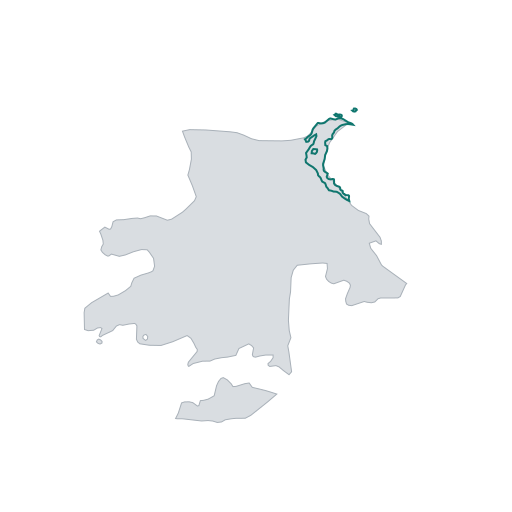 location of Bakı within Azerbaijan, rotated 308°
{"feature_id": "AZE-1689", "entity_name": "Bakı", "entity_type": "Municipality", "adm_level": 1, "iso_a3": "AZE", "parent_name": "Azerbaijan", "parent_adm1": "", "projection": "mercator", "projection_center": [49.815, 40.127], "detail": "fine", "context": "in_parent", "style": "outline", "palette": "teal", "viewbox_px": 512, "rotation_deg": 308, "n_neighbors": 0, "source": "natural_earth", "source_scale": "10m", "svg_char_len": 5751}
<svg xmlns="http://www.w3.org/2000/svg" viewBox="0 0 512 512"><g transform="rotate(308 256 256)"><path d="M327.1,391.7L325.3,391.6L312.9,394.6L310.3,393.6L299.7,380.1L297.5,378.5L292.9,377.9L290.2,375.7L288.0,372.1L286.8,369.3L275.8,362.0L274.2,359.3L273.9,356.9L275.5,354.7L277.4,352.9L282.8,351.1L289.1,349.5L291.1,348.4L292.1,346.4L292.0,343.2L291.0,340.1L282.0,334.4L281.0,332.0L280.7,329.0L281.2,325.9L282.6,323.4L290.0,320.1L293.9,316.6L291.5,312.8L283.5,303.9L274.1,294.2L267.8,294.1L260.6,297.0L249.0,305.3L242.6,308.8L234.3,314.7L225.2,321.2L217.7,328.1L213.1,333.8L204.8,336.3L200.6,341.0L186.7,355.3L182.8,355.1L182.6,348.1L182.8,342.4L181.9,339.2L177.4,334.8L177.4,332.8L178.6,331.7L182.0,332.4L186.4,332.1L188.5,330.4L183.8,324.5L179.6,320.6L176.0,317.9L175.2,316.4L175.2,315.2L176.0,313.9L182.1,310.7L182.7,307.7L182.3,304.4L172.6,299.5L165.3,301.3L158.8,295.8L154.7,291.5L149.4,286.9L144.8,284.4L140.3,278.7L132.6,272.7L127.6,271.0L127.7,270.1L128.6,269.0L130.7,268.1L144.5,268.4L146.2,267.3L147.0,264.7L148.9,261.0L151.1,255.4L150.9,250.7L137.1,243.1L127.0,236.2L120.0,226.9L115.3,218.5L115.4,215.7L116.8,213.0L127.6,205.2L128.3,203.2L128.1,201.8L124.2,197.8L119.4,193.7L117.9,190.7L114.8,189.1L109.0,189.0L98.9,183.9L96.7,183.4L96.2,182.4L96.7,181.4L104.0,179.3L103.9,177.6L101.7,175.4L97.6,173.8L93.8,169.7L92.5,166.1L105.6,155.4L109.5,153.3L118.0,155.2L135.8,162.3L134.6,166.2L136.4,168.4L140.5,171.4L148.4,174.5L155.0,176.0L158.3,174.7L163.4,173.6L170.1,177.1L176.2,181.5L179.2,183.3L180.9,183.9L185.5,182.4L191.1,176.7L193.3,169.7L193.9,166.4L190.6,161.8L183.9,156.8L176.4,152.4L171.6,148.5L168.5,140.9L165.4,140.0L164.6,139.1L164.1,136.4L164.3,132.8L165.3,130.0L168.4,128.7L171.4,128.3L174.2,125.6L177.7,120.3L179.2,117.4L185.7,119.1L186.6,123.8L187.7,124.8L190.4,124.3L195.0,122.3L198.5,123.8L203.2,129.4L209.5,135.4L213.0,139.3L214.3,142.1L217.6,144.7L222.4,147.9L226.2,152.8L229.6,164.1L233.0,166.8L245.3,171.1L249.6,171.9L261.7,173.5L266.0,172.4L272.2,162.6L277.8,152.5L283.0,150.4L292.5,145.5L298.1,140.9L300.5,135.9L305.8,126.5L309.1,121.2L314.7,125.9L324.3,138.7L338.1,159.4L341.5,165.2L343.7,172.0L345.6,180.2L348.8,187.4L362.7,205.6L368.7,212.3L378.6,220.9L382.1,222.8L386.7,223.4L395.1,223.4L402.9,226.8L406.7,229.1L410.7,232.6L414.3,236.5L417.9,247.1L404.3,243.6L390.7,244.2L383.1,246.4L375.6,249.5L368.4,253.9L364.0,262.3L360.2,281.9L354.7,300.2L354.9,308.6L357.3,316.7L357.0,320.5L354.5,322.1L351.4,325.6L347.1,342.2L345.0,345.5L342.4,347.6L341.6,345.6L341.8,341.2L335.8,337.4L332.7,341.7L330.5,350.8L326.2,360.4L326.0,362.2L327.1,391.7ZM125.9,220.3L126.5,217.6L124.8,216.4L123.0,216.4L121.5,217.7L121.5,221.0L123.6,221.6L125.9,220.3ZM81.4,296.9L79.3,294.2L78.4,292.7L84.4,291.5L94.4,287.8L97.1,289.6L100.0,293.2L101.5,296.4L101.7,302.2L102.9,303.1L107.8,301.2L109.9,303.5L113.7,306.4L120.1,309.1L129.5,304.8L134.1,303.7L138.0,303.8L140.0,305.1L140.7,309.6L140.0,315.2L138.9,318.2L140.9,320.5L148.5,325.8L151.7,328.8L150.2,333.9L155.9,346.5L157.8,351.4L160.0,357.4L148.3,355.0L127.3,350.0L121.5,347.4L116.0,340.4L112.8,337.0L108.0,332.6L104.0,331.0L101.0,328.0L99.3,323.5L96.8,319.5L92.5,314.7L82.6,298.5L81.4,296.9ZM93.9,187.3L92.6,188.2L90.6,187.3L89.9,185.3L90.1,183.1L92.1,182.6L93.7,183.2L94.2,185.2L93.9,187.3Z" fill="#d9dde1" stroke="#a8b0b8" stroke-width="1"/><path d="M378.1,222.7L378.9,223.1L382.0,223.5L384.6,224.3L386.0,224.4L387.1,224.2L390.5,222.8L391.9,222.6L398.8,222.8L399.3,223.3L399.6,223.9L399.8,224.4L400.1,225.0L401.1,226.3L402.3,227.4L403.5,228.1L409.0,229.2L410.1,229.8L410.7,231.0L411.5,232.9L412.4,234.6L413.6,235.3L414.9,235.8L416.0,237.0L416.9,238.6L417.5,240.3L418.2,246.8L418.6,247.5L419.1,249.0L419.4,250.6L419.2,251.7L418.0,249.5L416.8,247.5L415.3,245.7L412.3,243.3L411.0,242.6L409.6,242.1L406.9,241.7L404.6,240.9L403.4,240.8L402.7,240.8L401.9,241.2L401.3,241.4L399.0,241.4L397.9,241.8L395.9,243.5L394.7,243.5L394.2,243.1L393.5,241.9L393.0,241.4L392.3,241.1L390.8,240.8L389.2,240.0L388.0,240.6L386.0,242.4L386.4,244.3L384.7,246.1L382.2,247.4L378.2,248.3L374.7,250.4L370.0,252.1L368.9,252.9L366.6,255.5L365.6,256.2L364.9,257.1L364.8,258.8L365.1,260.9L365.1,261.8L361.9,263.0L361.3,264.3L361.4,265.9L362.2,267.5L362.8,268.1L363.6,268.7L364.1,269.3L364.4,270.2L364.0,270.7L363.4,271.1L362.4,272.0L361.9,272.3L361.4,272.6L361.0,273.4L360.7,274.4L360.7,275.1L361.0,276.7L361.7,278.4L361.9,279.3L361.6,280.2L361.1,280.8L360.6,281.2L360.3,281.6L360.2,282.4L360.3,282.8L360.5,283.2L360.6,283.7L360.6,284.3L360.3,284.6L359.3,285.3L359.0,286.5L359.0,287.0L359.3,287.5L359.1,288.5L359.4,289.6L360.8,291.5L360.7,292.2L359.9,292.9L358.3,293.7L356.8,295.6L356.2,293.2L355.9,290.6L355.8,287.2L356.7,284.1L356.6,282.1L356.3,280.1L355.5,278.8L354.6,277.6L353.8,275.1L352.7,273.0L353.5,270.8L353.9,268.7L355.0,267.2L355.9,265.7L355.7,264.0L355.4,262.4L356.2,260.7L357.2,259.1L357.6,257.6L357.6,256.3L358.0,255.0L359.1,254.0L360.8,250.5L361.1,246.1L360.5,241.7L360.5,237.7L362.4,235.7L364.9,235.3L366.4,233.8L368.0,232.0L372.9,231.8L374.7,231.5L376.6,231.4L378.0,231.8L379.3,232.3L380.8,231.8L382.2,231.1L385.0,230.5L387.7,229.8L388.9,228.5L386.8,227.6L384.2,226.8L381.7,226.0L380.5,226.4L379.4,226.9L378.1,226.6L376.9,225.3L377.4,224.4L377.9,223.4L378.1,222.7ZM371.2,236.6L371.4,236.9L372.3,238.2L372.8,239.7L374.1,240.0L375.5,239.9L376.9,239.2L377.6,238.5L376.9,237.3L375.6,235.3L373.1,235.4L371.2,236.6ZM419.2,237.4L418.3,237.6L417.1,237.5L417.4,235.6L415.4,232.9L415.5,231.0L416.2,231.4L417.1,231.1L417.5,231.6L417.7,233.2L418.3,234.1L419.0,234.8L419.6,235.9L419.7,236.8L419.2,237.4ZM433.2,245.5L432.1,245.2L431.3,245.4L430.4,244.7L429.8,243.5L429.9,242.4L430.7,243.1L431.3,242.9L431.9,242.5L432.5,242.4L433.3,243.4L433.6,244.6L433.2,245.5Z" fill="none" stroke="#0f766e" stroke-width="2"/></g></svg>